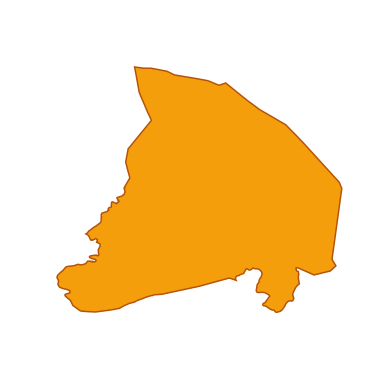 the district of Santa María Ipalapa, Oaxaca, Mexico, rotated 350°
{"feature_id": "50627088B14334632848246", "entity_name": "Santa María Ipalapa", "entity_type": "district", "adm_level": 2, "iso_a3": "MEX", "parent_name": "Mexico", "parent_adm1": "Oaxaca", "projection": "albers", "projection_center": [-98.024, 16.622], "detail": "fine", "context": "isolated", "style": "filled", "palette": "amber", "viewbox_px": 384, "rotation_deg": 350, "n_neighbors": 0, "source": "geoboundaries", "source_scale": "gbopen_adm2", "svg_char_len": 4763}
<svg xmlns="http://www.w3.org/2000/svg" viewBox="0 0 384 384"><g transform="rotate(350 192 192)"><path d="M314.5,293.8L320.9,289.7L318.2,282.6L340.1,214.6L338.7,208.0L310.3,163.2L304.5,154.5L295.9,142.0L272.8,122.5L261.7,110.7L244.1,90.5L237.2,91.6L226.9,85.1L220.4,82.7L216.9,81.4L212.2,79.7L204.4,77.0L195.0,73.6L188.2,68.7L182.7,66.6L173.5,63.1L165.6,61.6L157.2,58.9L157.3,71.9L157.3,77.2L157.3,84.4L158.1,88.5L159.8,95.5L162.1,105.5L164.5,114.4L150.8,126.2L136.5,138.5L136.4,139.0L131.9,151.0L132.5,159.3L133.0,164.4L133.2,167.4L126.4,175.5L126.6,176.0L126.0,176.2L125.9,176.4L125.7,176.7L125.7,176.9L125.9,177.5L126.1,178.3L126.2,179.4L125.4,181.4L125.1,181.9L125.0,182.2L124.6,182.7L123.9,182.9L123.6,182.9L123.3,183.1L123.2,183.4L121.8,183.9L117.4,184.4L117.4,184.5L117.1,184.8L117.0,185.0L118.3,188.2L118.1,188.2L118.3,188.4L118.4,188.7L118.1,188.9L117.2,189.4L117.1,189.5L116.6,189.8L116.4,189.9L116.1,190.3L115.8,190.4L115.4,190.3L115.5,189.8L114.2,189.4L112.3,188.0L111.8,187.9L111.3,188.0L110.9,188.3L110.8,188.6L110.8,189.3L110.8,189.8L110.6,190.0L110.4,190.4L110.2,191.2L110.1,192.0L110.1,192.4L109.3,193.1L109.1,193.0L108.5,192.9L107.9,193.0L107.5,193.1L107.2,193.3L106.7,193.8L106.6,194.1L106.4,194.5L106.9,195.0L106.9,195.4L105.7,195.9L105.0,196.4L102.1,196.9L99.4,197.3L98.7,198.5L98.3,201.1L98.5,201.2L98.1,201.8L97.4,205.1L97.1,205.5L96.8,205.7L96.7,205.9L96.4,206.3L96.1,206.5L93.6,207.8L92.5,208.3L92.0,208.6L88.8,209.9L85.9,211.4L84.6,212.1L83.7,212.4L82.3,213.7L81.7,214.2L80.6,214.8L80.2,214.9L80.7,215.3L81.5,215.8L82.2,216.6L83.0,218.3L83.6,220.9L84.0,221.8L84.5,222.0L85.1,221.7L85.5,222.2L87.8,221.6L89.0,221.1L90.1,222.1L90.6,222.4L89.4,224.9L90.2,225.1L90.0,225.4L92.2,227.0L92.3,228.1L92.0,229.5L89.6,232.7L89.2,238.0L88.4,238.4L87.6,238.3L87.2,237.6L83.8,237.3L81.3,237.3L80.0,237.6L79.7,238.1L80.0,238.9L82.1,240.3L85.0,241.7L85.7,242.5L85.5,243.2L85.3,243.4L85.1,243.5L84.2,243.9L83.3,243.6L82.6,243.3L80.7,242.7L80.9,243.2L79.8,242.6L77.5,242.0L77.2,242.0L75.0,244.0L71.5,244.6L70.8,244.7L68.5,243.9L66.9,243.4L63.9,244.0L61.2,244.0L57.4,243.7L55.0,243.9L53.2,245.2L51.6,246.7L50.0,247.5L49.9,247.5L45.4,250.5L44.8,251.4L44.2,252.6L44.2,253.1L45.0,255.3L45.0,255.7L45.1,256.1L45.1,256.9L44.8,257.2L44.4,258.4L43.9,259.8L45.0,262.7L48.3,264.8L49.1,265.0L50.9,265.9L52.9,266.8L54.6,268.1L54.2,270.1L49.6,270.7L49.0,271.2L49.0,272.1L49.8,273.4L51.5,275.4L53.4,277.7L55.0,283.1L55.3,283.4L60.8,289.1L61.0,289.3L61.3,289.6L62.1,290.0L65.0,290.8L69.7,292.0L70.3,292.1L70.8,292.2L73.1,292.7L76.2,293.4L89.8,294.0L95.8,294.1L96.7,293.9L99.0,294.0L100.3,294.0L104.6,292.4L107.5,291.7L109.9,291.1L110.7,290.8L111.1,290.9L111.9,290.8L113.9,290.5L114.1,290.6L114.4,290.6L114.8,290.6L115.1,290.6L116.1,290.4L117.1,290.1L117.3,290.1L118.0,289.7L120.2,289.2L120.6,289.2L121.3,289.0L122.3,288.8L123.3,288.6L125.1,288.4L128.4,287.6L133.4,287.0L135.2,287.1L136.7,286.7L145.0,287.5L145.7,287.5L146.2,287.4L182.6,286.1L200.8,284.4L213.8,283.2L220.2,286.7L219.7,284.8L220.6,283.2L221.7,282.5L222.5,282.4L223.1,282.4L224.0,282.4L224.5,282.0L226.2,281.5L228.0,281.4L228.9,281.0L230.2,279.4L231.2,278.1L232.2,277.1L232.6,277.0L232.9,277.1L234.5,278.7L235.3,278.9L236.4,278.8L237.0,278.6L237.6,278.2L238.6,277.4L239.1,277.7L240.1,278.3L240.8,278.5L241.9,278.7L243.0,279.1L244.1,279.5L244.9,280.1L245.7,281.2L246.4,282.4L246.8,283.6L246.5,285.5L245.9,286.4L245.3,287.8L244.2,288.7L243.2,289.9L242.4,291.5L242.4,292.3L241.6,293.3L240.8,293.8L240.0,294.8L239.7,295.9L239.1,297.4L238.7,298.7L238.3,299.7L238.1,300.5L238.6,301.9L239.2,302.3L239.8,302.5L240.6,302.6L241.3,302.8L242.3,302.8L243.3,302.9L244.3,303.1L245.3,303.4L246.4,303.8L247.3,304.6L247.5,304.8L248.5,305.5L250.0,306.9L250.5,307.8L250.2,308.4L249.0,309.3L248.3,310.2L247.3,311.1L246.3,312.1L245.4,313.0L244.7,313.7L243.6,313.9L243.0,314.2L242.3,314.6L242.2,315.8L242.8,316.5L243.9,316.8L244.7,317.0L245.5,317.7L246.0,318.3L246.8,319.1L247.8,320.1L248.6,320.8L250.0,321.9L250.8,322.2L251.5,322.3L252.3,322.8L253.1,324.0L253.4,324.7L254.2,325.1L255.5,325.1L256.2,325.1L257.2,324.9L258.3,324.8L259.5,324.1L260.5,323.6L261.6,322.4L262.6,321.5L263.7,320.4L264.3,319.5L265.0,318.4L265.9,317.7L266.6,317.1L267.5,316.5L268.7,316.2L270.0,316.3L271.2,316.7L272.2,316.5L272.9,316.1L273.4,315.1L273.8,314.3L273.7,313.3L273.5,312.1L273.4,311.1L273.8,309.3L274.6,307.9L275.3,307.2L276.2,305.8L277.1,304.7L277.7,303.9L278.8,302.9L279.8,302.2L281.8,301.1L281.8,300.4L281.6,299.5L281.8,298.5L281.7,297.3L281.7,296.1L281.9,295.1L282.0,293.8L282.4,292.6L282.6,292.0L283.0,291.2L282.8,290.5L282.8,289.2L282.8,288.7L281.7,288.2L281.3,287.4L281.1,286.7L281.2,285.8L281.1,285.5L281.5,284.7L282.5,285.1L283.2,285.0L285.3,286.5L297.8,294.9L314.5,293.8Z" fill="#f59e0b" stroke="#b45309" stroke-width="1.5"/></g></svg>